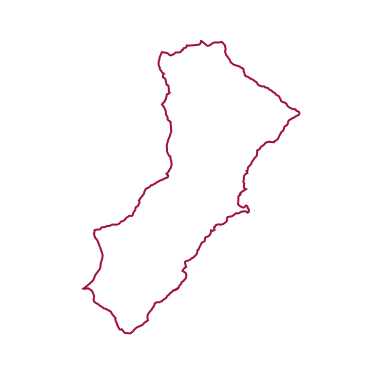 outline of Lunca Bradului, Mures, Romania, rotated 194°
{"feature_id": "2599482B15152164685574", "entity_name": "Lunca Bradului", "entity_type": "district", "adm_level": 2, "iso_a3": "ROU", "parent_name": "Romania", "parent_adm1": "Mures", "projection": "albers", "projection_center": [25.143, 46.979], "detail": "fine", "context": "isolated", "style": "outline", "palette": "rose", "viewbox_px": 384, "rotation_deg": 194, "n_neighbors": 0, "source": "geoboundaries", "source_scale": "gbopen_adm2", "svg_char_len": 6077}
<svg xmlns="http://www.w3.org/2000/svg" viewBox="0 0 384 384"><g transform="rotate(194 192 192)"><path d="M254.9,320.6L255.2,319.8L256.0,314.4L255.7,313.2L255.8,309.3L254.9,306.9L254.2,305.8L253.4,305.1L253.4,304.5L253.0,303.6L250.6,301.4L249.6,300.6L248.0,300.0L248.1,299.9L248.0,299.4L248.4,298.4L248.1,296.4L245.7,295.6L244.6,294.3L244.1,293.0L242.4,289.7L241.3,289.8L240.6,289.4L239.6,287.0L238.9,284.4L238.4,283.5L237.6,283.1L237.6,282.9L238.0,282.1L239.1,281.2L239.7,281.2L240.1,280.4L239.8,278.6L240.0,277.4L239.8,276.5L239.8,276.1L240.4,274.7L240.2,274.1L240.2,273.6L242.4,269.8L240.1,267.9L237.9,265.4L236.7,263.3L236.1,261.0L235.3,260.4L233.7,258.5L233.3,256.6L232.4,255.9L229.9,255.0L229.6,254.6L229.4,253.4L228.6,251.4L226.8,245.7L227.1,240.4L227.8,236.3L227.5,235.1L227.8,234.3L227.7,231.2L227.4,229.9L226.8,228.4L226.1,225.5L225.7,224.8L223.9,222.5L222.6,221.4L221.5,221.2L221.1,219.2L220.2,218.1L219.3,216.4L219.2,215.5L218.4,213.6L218.3,212.7L218.5,211.5L218.3,210.6L219.5,207.3L219.7,205.9L220.0,205.3L221.2,203.7L220.5,202.8L219.3,202.5L219.3,202.2L219.0,201.9L219.0,201.0L219.1,200.5L220.0,199.7L220.9,199.2L223.9,196.6L225.3,195.8L228.8,192.6L229.4,191.7L229.8,191.4L231.6,189.6L232.5,188.9L233.3,188.7L234.3,186.9L235.1,185.8L236.8,184.6L237.9,183.1L237.9,182.1L238.3,180.9L238.2,178.7L240.2,174.1L240.8,173.2L240.9,172.2L241.5,170.8L240.9,170.3L240.4,169.3L240.5,168.0L241.3,165.0L242.7,163.9L242.9,163.2L242.9,162.4L242.7,161.5L242.8,160.6L243.9,157.8L244.0,156.8L243.9,156.5L244.0,155.1L244.3,154.6L244.8,154.1L246.6,153.9L247.3,153.6L248.1,152.4L249.5,151.1L250.6,148.6L251.2,147.8L252.1,147.0L253.4,146.4L254.3,145.1L254.8,143.9L256.5,142.4L257.0,142.1L261.6,141.1L263.7,139.2L265.0,138.6L266.2,138.5L268.3,136.7L270.0,136.3L270.9,135.9L271.4,135.3L271.7,134.2L272.2,133.4L274.7,132.7L277.3,131.4L276.9,129.5L277.2,128.0L276.4,126.8L276.2,126.2L275.5,125.0L274.9,124.4L274.6,123.7L273.3,123.2L271.4,121.3L265.0,111.9L263.4,109.0L263.0,105.8L263.3,100.2L262.7,97.2L262.7,95.9L263.0,94.5L265.5,88.7L265.9,87.2L266.1,84.6L266.4,82.9L267.6,80.6L269.1,78.4L272.7,73.4L274.0,72.0L273.0,71.9L270.3,73.1L269.2,73.4L265.8,72.2L264.8,71.6L261.8,67.4L261.6,66.7L261.6,64.6L261.3,63.4L260.8,62.4L259.8,61.6L258.1,61.0L255.4,60.3L254.3,59.5L251.5,58.7L249.6,57.8L247.3,57.7L241.8,56.3L240.1,54.3L237.8,52.6L236.1,51.5L235.5,50.9L235.7,50.0L235.0,48.8L232.5,45.4L232.4,44.9L232.2,44.9L229.9,42.0L229.3,41.4L228.4,41.1L226.7,41.8L226.0,41.1L223.3,39.1L218.0,39.8L217.5,40.1L216.4,41.4L215.2,43.3L214.5,45.0L212.6,47.4L208.0,51.0L206.2,54.1L203.7,56.8L204.0,57.2L205.0,59.7L205.2,61.1L205.2,62.6L204.2,65.2L202.4,68.8L202.3,70.1L201.2,72.1L201.2,74.5L200.7,75.5L200.3,76.0L199.3,76.5L196.8,77.2L195.6,78.4L194.7,78.7L194.5,79.5L191.3,83.2L191.0,85.0L189.3,87.1L189.2,87.7L188.6,88.7L186.6,91.2L186.6,91.9L184.9,92.7L184.1,93.8L184.0,93.6L183.8,94.0L183.3,93.9L182.9,94.5L182.6,94.5L182.3,95.0L182.1,96.1L181.8,96.2L181.9,96.9L181.6,98.0L180.6,99.8L180.3,100.7L180.2,102.1L179.5,102.7L178.5,104.0L178.0,105.5L177.2,106.7L177.1,107.0L177.2,108.9L177.7,110.7L178.2,111.5L179.6,112.4L181.0,112.7L182.2,113.3L181.2,116.0L179.6,117.8L181.5,121.2L181.9,122.0L181.9,122.5L181.3,123.3L178.6,124.9L177.4,125.9L176.6,127.3L174.9,128.7L173.2,131.4L172.3,133.4L172.4,135.8L172.6,137.2L171.7,137.8L171.6,138.1L171.5,139.7L170.3,145.0L169.7,145.7L167.9,147.2L167.8,148.0L168.2,150.2L168.0,151.2L165.2,153.2L164.0,155.3L163.9,157.4L164.2,159.3L162.7,159.2L161.9,160.0L161.0,160.4L162.0,163.2L161.5,163.5L161.2,164.0L161.0,165.4L159.9,166.3L158.3,167.1L156.6,167.1L154.0,168.4L151.2,172.0L151.2,172.9L151.5,173.6L151.6,175.4L151.5,176.1L150.4,176.8L147.6,178.0L146.1,179.5L144.2,182.0L142.4,182.3L141.6,182.6L140.8,183.3L139.7,184.6L136.9,185.8L134.5,186.3L134.0,186.1L133.6,185.5L133.2,185.3L132.2,186.2L132.1,187.2L132.3,188.3L132.8,189.0L133.6,189.4L133.9,190.0L134.4,190.3L134.6,191.3L135.6,191.9L136.3,192.0L136.5,191.8L137.4,190.1L137.9,189.6L138.2,189.4L139.5,189.3L141.7,189.8L142.6,190.3L144.0,190.8L144.5,191.6L144.6,192.9L145.1,195.1L145.3,196.6L145.9,198.9L145.9,199.3L144.3,201.3L144.4,201.6L145.1,202.0L144.3,203.4L142.7,205.5L141.7,206.1L140.3,207.9L141.8,208.1L142.7,208.7L143.0,209.9L143.2,211.7L143.4,213.0L144.2,213.6L144.7,214.4L144.9,215.4L144.6,216.4L145.2,218.3L145.3,220.6L144.5,222.3L142.8,223.8L144.1,225.5L143.5,225.8L143.3,226.6L143.6,229.4L142.0,232.2L141.5,233.3L141.0,236.2L140.0,238.4L139.6,239.9L138.1,242.3L138.0,244.0L138.8,248.2L137.5,249.2L136.5,250.4L136.3,252.0L133.8,255.0L132.9,256.6L132.8,257.2L132.3,257.7L129.8,259.3L124.4,260.1L124.3,260.9L123.7,261.7L123.0,262.3L121.8,263.7L121.5,264.5L121.4,264.5L120.7,268.4L120.2,270.0L119.9,271.4L119.1,272.8L118.5,273.3L118.0,275.8L118.2,276.8L117.9,277.8L117.1,279.1L116.3,279.5L115.6,280.9L115.7,283.8L115.5,284.3L115.0,285.4L113.3,286.8L112.6,287.9L111.2,288.5L110.1,290.2L108.6,291.5L107.5,292.2L106.8,293.3L106.7,293.9L106.8,294.5L107.6,295.6L110.1,296.0L110.7,296.3L111.6,297.3L113.6,296.9L116.2,297.1L119.5,298.2L120.6,299.0L122.0,300.7L123.7,301.2L125.7,301.2L127.4,301.7L127.6,301.9L128.2,303.0L129.4,304.2L129.8,304.9L131.2,306.2L133.1,306.4L134.1,306.8L135.7,308.2L137.5,308.5L139.5,309.7L141.8,310.0L143.1,311.2L146.4,311.2L147.0,311.8L148.6,311.8L149.7,311.3L152.0,311.6L152.3,311.5L153.1,311.7L154.4,312.5L155.9,314.1L156.8,314.5L157.7,314.7L160.6,315.9L163.5,316.3L164.0,316.7L165.1,317.2L168.3,317.5L168.7,317.9L171.5,322.5L171.8,323.8L172.4,324.2L174.4,324.5L176.3,325.3L182.0,325.6L184.3,326.5L186.0,327.4L187.1,329.1L187.8,329.9L191.9,333.1L194.0,336.3L193.8,338.3L193.9,338.7L195.6,342.4L199.4,344.9L202.0,343.6L205.9,342.7L206.9,342.2L208.5,340.9L210.1,338.7L211.9,337.7L212.7,337.6L219.3,340.8L219.7,340.8L219.8,340.4L219.7,339.1L219.8,337.9L221.0,336.6L227.1,334.4L230.7,333.2L232.5,333.0L232.5,331.6L232.8,330.7L233.0,330.4L234.6,329.8L235.0,329.3L235.4,327.4L236.4,326.9L236.7,325.3L238.5,324.2L241.5,323.5L242.8,321.6L244.0,320.5L245.7,319.4L246.4,319.4L247.2,319.6L249.2,320.7L251.7,320.8L253.6,320.5L254.9,320.6Z" fill="none" stroke="#9f1239" stroke-width="2"/></g></svg>